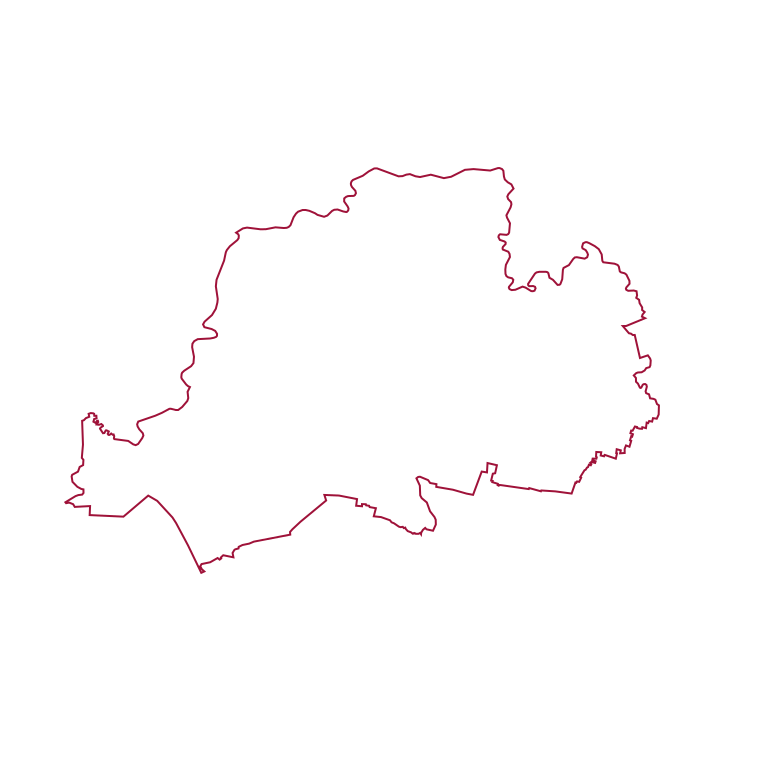 outline of My Xuyen, Sóc Trăng, Vietnam, rotated 202°
{"feature_id": "81297802B12004492777163", "entity_name": "My Xuyen", "entity_type": "district", "adm_level": 2, "iso_a3": "VNM", "parent_name": "Vietnam", "parent_adm1": "Sóc Trăng", "projection": "albers", "projection_center": [105.88, 9.468], "detail": "fine", "context": "isolated", "style": "outline", "palette": "rose", "viewbox_px": 768, "rotation_deg": 202, "n_neighbors": 0, "source": "geoboundaries", "source_scale": "gbopen_adm2", "svg_char_len": 6166}
<svg xmlns="http://www.w3.org/2000/svg" viewBox="0 0 768 768"><g transform="rotate(202 384 384)"><path d="M283.6,266.3L283.3,273.1L285.2,277.5L287.4,279.6L293.6,283.2L299.9,290.2L306.3,292.3L308.7,294.3L312.7,303.2L318.6,308.7L317.5,310.6L315.9,311.5L307.1,311.4L304.1,309.5L297.9,310.8L297.0,308.2L280.5,311.8L266.4,313.3L259.9,314.6L260.6,339.4L255.4,340.6L258.4,349.5L248.9,351.0L247.5,342.9L249.5,341.6L248.5,334.6L246.9,334.8L246.8,333.6L241.1,334.1L240.8,332.8L239.6,332.7L239.6,333.5L237.5,334.1L210.4,340.8L210.4,341.9L198.3,343.3L198.3,344.2L185.0,348.6L169.0,352.7L169.6,364.4L168.7,364.4L168.5,366.0L166.4,366.4L166.1,371.0L167.2,371.2L165.8,379.1L164.9,380.1L164.5,382.5L163.7,383.4L163.8,385.9L161.8,386.1L161.7,387.3L163.3,388.1L162.6,389.4L158.7,389.9L158.8,391.6L162.3,391.4L162.6,393.0L159.1,394.3L159.3,395.8L160.2,396.1L161.7,400.5L157.0,402.1L156.3,398.9L152.9,399.4L152.9,400.9L152.3,401.0L141.1,401.6L142.0,407.0L142.8,406.9L143.8,410.7L139.6,411.2L139.1,408.2L135.0,410.2L136.6,414.0L136.6,417.7L132.9,417.8L133.5,423.9L134.8,423.9L135.2,428.3L134.2,428.2L134.4,430.7L137.1,430.7L137.4,433.4L136.0,433.8L135.4,438.6L133.3,438.9L133.1,438.1L130.5,438.3L128.0,439.1L128.3,440.7L124.6,441.2L126.0,446.6L124.4,446.7L124.3,449.0L121.3,449.6L121.8,453.1L118.1,454.0L117.9,458.6L121.1,467.2L123.4,467.7L126.5,471.1L128.5,471.2L131.9,470.4L134.4,473.7L137.5,473.7L138.7,475.2L139.3,480.0L140.4,481.5L141.9,481.8L143.3,481.0L143.8,480.2L144.1,477.1L144.5,476.5L145.4,476.5L148.7,479.5L151.2,480.5L152.7,484.0L155.6,485.5L154.2,488.6L152.9,489.8L149.5,491.4L147.4,494.2L146.8,497.0L144.1,499.1L144.0,501.0L145.5,505.7L146.8,507.3L150.1,509.4L156.4,504.0L169.9,523.4L171.6,522.6L173.9,523.2L175.9,522.8L184.3,527.2L181.2,528.5L166.6,542.8L170.1,543.1L170.3,545.3L169.3,548.4L172.4,549.3L173.3,551.7L177.3,554.7L179.0,557.6L182.4,558.4L182.5,560.9L184.6,564.6L187.5,564.2L192.5,561.9L194.6,562.1L195.4,562.9L195.5,564.3L193.9,568.9L195.1,571.6L200.2,576.2L202.4,576.8L206.0,576.3L207.5,576.7L210.3,580.9L212.0,581.9L215.3,581.9L226.3,579.0L227.7,580.0L230.7,585.7L235.4,589.5L240.2,590.8L246.5,591.5L249.1,591.5L250.4,590.9L252.1,589.0L251.7,585.3L250.7,584.1L247.2,583.7L244.8,582.0L243.3,580.3L243.1,577.6L244.9,575.4L252.7,573.8L254.5,572.8L255.4,570.8L257.1,563.5L261.0,558.9L260.9,556.9L258.0,547.9L257.9,542.9L258.4,541.8L260.2,540.9L266.4,543.9L270.4,544.5L273.1,548.3L274.3,548.9L275.9,548.7L282.0,546.2L284.4,544.6L285.4,542.9L287.9,530.8L287.3,529.6L286.1,529.1L282.3,530.7L280.4,530.7L279.3,529.5L279.4,526.9L280.7,525.8L282.3,525.3L288.9,526.4L292.0,526.2L297.5,520.6L300.8,518.9L303.1,519.0L304.3,520.0L304.5,521.0L302.7,526.5L303.2,529.1L305.0,530.0L308.8,529.4L310.9,529.9L312.6,531.6L314.4,535.6L315.6,540.1L314.8,548.9L316.3,551.6L318.3,553.2L324.2,553.2L325.0,554.4L325.1,555.7L323.7,559.3L324.2,560.8L325.6,561.3L330.6,561.0L333.0,563.1L333.2,564.8L332.5,566.3L326.2,568.2L325.0,569.5L324.7,571.2L327.4,580.2L332.3,584.4L333.7,586.3L332.8,595.2L333.2,598.4L334.3,600.2L338.2,602.0L339.9,604.0L339.8,606.5L337.1,613.7L340.7,616.8L344.8,617.4L348.6,618.9L350.5,621.3L353.2,626.4L355.1,627.5L357.7,627.5L359.2,626.9L365.5,621.7L381.5,616.8L389.2,612.9L399.4,601.3L405.6,597.3L419.0,595.6L428.1,589.4L432.6,588.4L438.6,588.3L441.7,586.5L444.7,583.7L448.3,582.0L471.3,581.3L473.8,580.2L477.8,575.4L481.7,569.1L489.2,561.6L490.0,559.7L489.9,557.7L489.2,556.2L487.6,554.7L482.9,552.4L481.5,550.4L481.7,548.3L482.5,547.1L487.7,544.8L489.2,543.4L490.4,541.2L489.3,538.3L484.2,535.0L482.6,533.4L482.2,531.5L482.8,529.8L483.4,529.3L486.5,528.7L492.4,528.4L495.4,526.9L497.0,525.0L499.6,519.0L502.2,516.6L509.0,515.9L512.0,516.5L518.1,516.6L521.8,516.0L524.7,514.8L528.2,511.6L529.4,509.1L530.3,504.7L530.2,496.2L531.2,493.9L532.7,492.4L535.3,491.1L543.3,488.6L551.5,483.3L556.4,481.2L569.6,477.7L573.1,475.4L577.8,468.9L575.2,468.2L574.2,467.2L573.4,464.7L573.9,462.5L578.5,454.0L579.9,449.3L580.0,446.9L578.5,438.5L578.3,417.9L576.5,411.6L570.0,400.5L569.0,397.1L568.1,390.8L569.3,383.5L573.7,374.6L574.1,371.5L571.8,369.4L564.4,370.4L560.4,370.0L557.6,368.0L556.9,366.1L557.3,364.8L559.1,363.1L562.2,361.1L573.5,355.8L576.0,352.7L576.7,349.6L575.7,346.3L570.4,338.1L568.5,332.0L569.5,328.3L574.2,321.5L575.4,318.9L575.4,317.5L574.5,314.4L573.6,313.2L567.2,309.4L564.9,308.6L562.8,308.5L563.2,303.2L560.2,297.6L560.0,294.6L562.5,287.1L565.1,282.8L567.3,281.9L572.4,281.2L573.7,280.6L579.0,274.2L584.2,268.9L597.8,257.1L597.8,254.2L596.5,252.3L593.9,250.3L589.2,248.0L587.8,246.1L587.9,243.3L589.5,236.3L591.3,234.3L593.9,234.1L599.8,235.4L613.4,231.9L614.1,232.5L614.6,234.6L615.8,235.9L616.5,235.3L618.4,235.9L619.4,234.0L620.4,233.6L621.5,234.3L621.4,236.9L623.9,237.1L624.6,236.7L624.9,233.8L626.1,233.1L630.6,236.2L630.5,237.3L628.8,239.7L629.1,240.3L631.1,241.0L633.0,239.4L635.3,238.8L634.7,241.7L635.5,242.7L636.4,242.1L636.9,239.9L639.3,240.2L639.6,243.0L637.6,244.4L638.8,246.8L640.7,246.0L641.6,247.8L642.6,247.9L645.0,247.2L646.7,245.7L645.0,243.2L647.6,240.7L648.7,238.0L650.1,236.8L640.4,215.0L636.5,202.3L634.3,201.1L632.6,196.1L635.1,193.1L634.9,188.1L639.1,183.0L639.0,181.3L636.2,176.6L629.8,173.8L625.3,173.3L623.2,173.7L621.8,170.4L622.4,168.4L625.8,166.5L628.0,164.5L635.1,155.0L634.1,154.4L631.5,156.1L627.2,156.1L624.7,154.2L610.8,160.7L607.8,152.2L575.9,163.4L560.8,192.2L550.5,190.7L530.1,181.0L524.7,177.2L505.2,160.9L482.7,140.5L480.4,142.9L483.5,144.0L486.1,146.2L485.7,148.7L478.4,153.6L473.1,160.3L470.6,159.6L469.6,161.3L470.3,162.0L468.9,165.0L458.7,166.9L461.1,170.6L460.6,174.0L460.0,175.0L457.3,177.0L457.7,178.6L454.9,181.7L449.2,185.5L445.6,189.1L414.5,209.2L415.7,211.6L414.5,215.0L409.8,225.1L394.0,254.3L397.7,258.8L384.0,263.7L365.9,267.2L364.2,260.7L358.6,262.4L359.4,264.4L355.8,265.7L355.1,264.8L352.2,265.5L351.2,264.5L345.0,265.8L343.9,257.5L336.9,259.5L327.4,259.9L325.2,258.6L322.5,258.6L316.7,257.3L314.9,257.5L313.1,258.6L311.7,257.8L310.5,258.8L309.6,257.8L306.9,256.5L303.3,256.6L301.4,256.0L300.8,256.7L300.2,256.5L299.7,257.3L298.5,257.0L295.9,258.0L294.7,259.5L293.4,258.6L293.8,260.0L293.3,263.3L291.9,266.0L290.2,265.2L283.6,266.3Z" fill="none" stroke="#9f1239" stroke-width="2"/></g></svg>